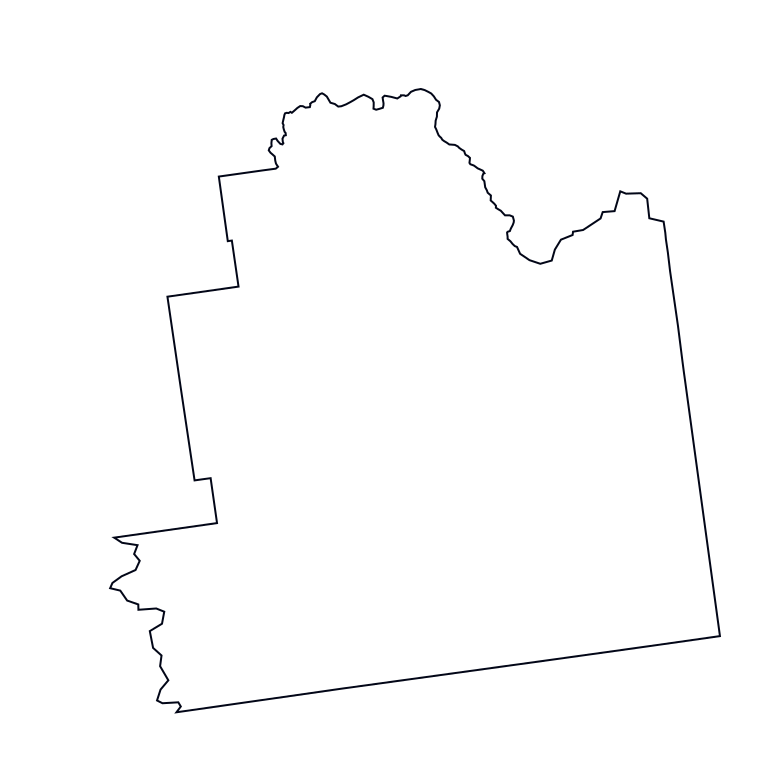 the district of Lincoln, Montana, United States of America, rotated 172°
{"feature_id": "52423323B47513182951794", "entity_name": "Lincoln", "entity_type": "district", "adm_level": 2, "iso_a3": "USA", "parent_name": "United States of America", "parent_adm1": "Montana", "projection": "equal_earth", "projection_center": [-115.378, 48.446], "detail": "fine", "context": "isolated", "style": "outline", "palette": "ink", "viewbox_px": 768, "rotation_deg": 172, "n_neighbors": 0, "source": "geoboundaries", "source_scale": "gbopen_adm2", "svg_char_len": 2977}
<svg xmlns="http://www.w3.org/2000/svg" viewBox="0 0 768 768"><g transform="rotate(172 384 384)"><path d="M518.7,612.4L518.8,547.2L514.7,547.2L514.5,500.7L586.3,500.6L585.8,407.8L585.0,314.9L568.8,314.9L568.7,269.5L672.6,269.4L665.5,263.2L650.5,258.7L655.1,250.4L650.5,242.9L655.9,234.4L670.6,230.1L680.6,224.8L683.6,219.9L673.9,216.1L668.5,205.3L658.0,199.9L658.6,194.6L640.8,193.4L633.3,189.1L637.2,177.5L650.3,171.9L649.4,154.8L642.1,146.1L645.0,135.7L638.8,120.6L647.8,112.5L652.8,102.2L647.8,98.7L632.0,97.4L630.1,92.9L635.2,87.8L550.3,88.0L468.0,88.2L252.2,87.6L158.3,87.5L86.4,87.6L85.4,346.0L85.4,353.0L85.3,364.3L84.8,400.5L85.0,455.9L84.6,474.7L84.7,488.0L84.4,494.6L84.5,505.9L98.2,511.2L97.6,530.9L103.2,537.2L117.8,538.8L123.2,541.9L131.6,523.1L143.5,523.8L146.5,517.8L165.4,508.8L175.6,508.5L176.5,505.3L188.7,502.3L196.1,493.3L200.7,482.9L212.5,481.3L222.7,486.4L231.1,494.0L233.2,501.2L235.3,502.4L237.2,504.8L238.9,507.7L241.4,510.5L241.1,512.6L241.1,515.8L241.0,517.0L240.1,517.6L238.1,517.9L236.8,520.2L234.4,523.5L233.1,525.9L232.6,527.7L233.1,531.8L236.0,533.5L240.7,534.2L242.1,536.2L244.2,539.3L246.5,541.1L248.7,543.0L248.3,544.9L249.7,547.2L252.8,550.9L251.9,555.8L254.7,559.0L255.2,561.5L256.4,564.7L256.4,568.4L256.4,570.9L258.1,573.6L257.6,576.3L256.3,578.5L255.2,578.7L255.8,580.1L256.5,581.5L258.8,583.0L261.2,584.5L263.5,586.8L264.7,587.9L267.9,589.6L268.6,591.1L267.9,593.7L267.4,595.9L269.1,598.0L271.3,599.6L271.8,601.1L272.2,603.5L274.6,605.4L276.7,607.4L277.8,609.0L280.5,610.9L284.0,611.7L286.0,612.1L288.2,614.2L290.7,616.2L292.3,617.8L293.1,619.8L294.3,621.2L295.3,622.7L296.0,625.3L296.8,628.8L297.7,631.5L296.9,634.1L296.2,637.6L294.4,641.4L293.7,645.6L291.0,649.0L289.9,652.2L290.3,655.6L292.9,658.2L294.6,661.9L296.8,665.1L299.3,667.0L302.8,669.4L306.6,671.0L312.1,670.8L316.6,669.6L319.2,667.5L320.3,666.6L322.5,666.2L324.0,667.1L327.1,667.5L327.4,666.6L331.1,664.9L336.8,667.3L341.6,668.9L343.3,669.4L345.5,667.9L345.5,665.3L345.4,662.0L345.8,659.9L346.7,657.7L350.3,657.1L353.6,656.7L356.1,658.1L355.6,660.4L355.0,664.3L355.8,667.7L359.5,670.6L363.8,673.3L369.8,671.4L374.4,669.3L378.2,667.8L382.6,666.2L387.6,665.0L390.7,665.1L393.7,668.1L397.9,670.0L399.3,673.4L400.6,676.6L403.0,679.1L404.9,680.5L407.0,680.0L408.3,679.0L410.6,677.2L413.2,673.7L416.0,673.1L418.2,671.7L418.1,670.6L418.9,668.5L423.2,668.6L425.7,670.4L428.3,670.9L431.4,669.4L433.6,667.9L435.6,666.6L437.5,665.4L438.8,666.5L440.8,665.6L442.6,666.1L444.3,665.8L445.2,664.3L445.8,662.4L447.1,659.1L448.1,656.4L447.4,654.4L448.0,652.5L447.8,650.3L447.3,647.5L446.5,646.3L446.6,644.0L448.4,643.9L450.4,641.0L450.5,637.6L450.1,636.5L451.2,635.4L453.2,636.2L455.5,639.5L456.7,642.1L459.4,642.0L461.2,641.4L462.0,638.1L462.2,635.2L464.6,633.5L465.6,631.4L464.2,628.8L462.5,626.9L460.5,624.5L460.6,620.3L460.3,617.3L459.5,615.5L458.7,613.9L461.2,612.3L474.5,612.4L487.4,612.4L506.1,612.4L514.3,612.4L518.7,612.4Z" fill="none" stroke="#020617" stroke-width="2"/></g></svg>